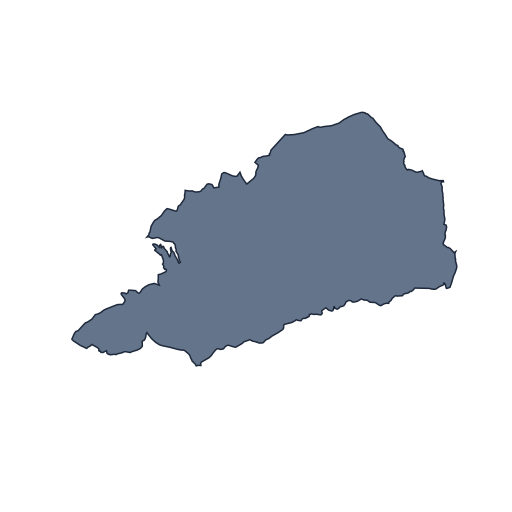 the district of Rachitova, Hunedoara, Romania, rotated 338°
{"feature_id": "2599482B89503985313378", "entity_name": "Rachitova", "entity_type": "district", "adm_level": 2, "iso_a3": "ROU", "parent_name": "Romania", "parent_adm1": "Hunedoara", "projection": "mercator", "projection_center": [22.734, 45.618], "detail": "fine", "context": "isolated", "style": "filled", "palette": "slate", "viewbox_px": 512, "rotation_deg": 338, "n_neighbors": 0, "source": "geoboundaries", "source_scale": "gbopen_adm2", "svg_char_len": 6119}
<svg xmlns="http://www.w3.org/2000/svg" viewBox="0 0 512 512"><g transform="rotate(338 256 256)"><path d="M439.9,333.8L440.0,332.2L441.3,328.2L442.8,326.7L440.9,327.1L438.8,321.8L437.6,320.2L436.6,319.8L434.4,316.1L434.0,314.8L434.7,314.0L434.6,313.8L437.4,311.1L438.5,309.8L439.4,307.6L439.2,307.1L440.2,304.9L442.0,303.2L442.5,302.1L443.4,301.0L443.7,300.1L443.8,298.4L442.8,297.8L442.1,297.0L444.4,293.6L445.1,292.0L445.7,288.6L447.5,283.7L447.6,281.9L448.9,279.7L449.3,278.5L450.7,273.3L451.5,271.7L451.7,270.2L452.4,268.8L453.2,264.7L454.3,262.2L454.6,260.6L454.5,258.3L455.5,257.2L457.0,257.0L457.1,257.3L457.7,257.4L457.9,256.3L455.2,255.2L455.2,255.6L448.1,250.5L445.4,248.1L443.9,245.9L442.6,245.1L442.1,243.4L442.3,242.4L442.1,239.2L441.2,239.4L436.6,238.7L435.2,237.6L432.6,234.7L430.0,232.9L429.4,232.8L428.9,233.2L428.4,232.7L427.8,230.8L427.6,229.0L427.6,228.4L428.0,227.8L427.9,227.1L427.6,226.8L427.8,224.7L428.6,223.9L428.6,222.7L431.2,219.9L431.6,219.8L432.2,214.5L431.6,213.8L432.2,213.1L432.2,212.0L429.6,209.5L429.2,208.9L428.8,207.3L428.9,206.7L427.5,205.5L424.9,200.4L422.1,196.6L421.3,191.7L420.3,187.7L419.7,182.9L417.3,177.1L415.9,171.9L415.4,171.5L414.6,170.4L413.1,166.8L412.4,165.9L411.2,165.1L410.8,164.1L408.8,162.8L407.4,162.3L400.0,161.6L393.9,161.8L388.2,162.5L382.8,163.9L374.5,163.4L367.7,161.5L363.8,160.8L361.9,159.2L355.9,159.1L346.7,159.6L337.2,157.8L330.8,155.7L328.7,154.3L310.3,163.1L309.6,163.4L307.4,166.2L306.8,166.2L306.4,166.7L306.3,167.7L302.7,167.1L299.6,166.2L297.5,166.4L295.0,166.0L293.2,166.8L290.1,168.8L292.2,172.8L290.1,175.5L289.0,176.3L287.5,177.9L286.1,180.8L284.9,181.9L282.8,183.2L274.4,185.8L273.1,181.0L272.4,176.7L272.5,172.3L268.2,174.9L266.9,174.5L264.3,173.0L259.4,167.9L257.7,166.6L255.4,166.9L254.6,167.6L252.4,170.9L248.4,175.6L247.5,178.2L242.6,177.1L242.3,176.8L242.2,174.2L241.7,173.0L239.1,171.3L237.5,171.1L233.1,173.8L231.4,173.9L229.4,175.1L227.4,175.2L223.6,173.9L221.2,171.7L218.3,170.7L214.9,168.6L214.0,170.6L212.4,173.0L212.0,174.6L210.6,176.5L204.9,180.2L202.6,180.7L200.4,183.6L199.6,184.3L198.8,184.5L197.2,183.4L193.5,180.3L191.4,178.8L191.0,178.8L187.7,180.2L183.3,183.1L178.1,184.7L175.7,185.0L174.0,185.9L169.9,189.1L166.6,194.1L165.6,194.6L164.7,196.1L162.0,197.6L163.1,197.7L164.1,198.3L165.6,200.1L166.8,201.0L170.7,201.7L172.5,202.4L177.0,207.9L182.0,210.4L184.3,212.0L184.6,213.7L185.2,214.4L185.0,216.4L184.4,218.1L184.4,220.3L183.6,221.7L184.3,225.1L183.4,230.8L183.4,232.0L183.7,233.2L183.6,233.4L182.0,233.8L181.6,233.4L181.8,231.9L181.6,228.7L181.0,225.4L181.2,223.2L181.1,221.9L180.1,219.5L180.5,216.2L180.1,216.2L179.3,217.4L178.9,219.9L178.4,221.2L177.2,222.5L176.4,224.0L175.5,224.4L175.3,223.3L175.4,222.0L175.0,220.0L175.3,218.7L173.7,214.5L173.9,213.4L173.7,212.4L173.0,212.1L171.8,213.1L171.4,213.1L171.2,212.8L171.2,212.2L171.9,210.9L171.9,209.5L171.5,209.5L170.3,210.5L169.5,211.6L168.4,208.7L166.5,206.9L165.0,206.4L164.6,206.7L164.5,207.2L165.0,208.1L165.2,209.5L166.1,211.7L165.8,212.2L164.5,212.4L164.3,212.7L164.3,213.1L165.4,214.5L165.8,215.8L166.9,217.4L167.7,219.4L168.5,219.1L168.8,219.4L168.6,225.2L167.4,228.0L166.3,228.5L166.8,230.6L166.6,231.2L165.9,232.3L166.5,234.3L167.5,234.4L167.8,234.9L167.2,236.4L166.4,236.8L161.1,237.1L158.4,236.7L157.0,240.2L155.3,243.4L155.4,246.8L151.4,243.3L145.8,242.5L141.7,243.0L138.1,244.1L135.0,246.3L133.6,246.7L132.7,245.9L131.5,243.2L131.1,242.8L126.6,240.6L125.1,240.0L123.4,242.2L121.6,242.4L121.1,242.2L120.9,241.7L120.4,241.2L118.4,240.1L117.5,239.8L116.9,240.3L116.7,241.0L118.0,245.9L118.2,247.8L116.8,249.4L114.3,250.9L109.9,249.3L108.6,249.1L96.6,249.0L94.0,249.3L90.7,250.3L87.8,250.5L85.0,250.2L80.2,253.1L75.2,254.1L72.5,254.1L63.6,258.4L62.6,258.6L60.6,258.5L58.3,260.0L54.1,264.2L54.9,266.3L59.6,273.1L64.4,278.3L66.0,277.6L68.9,277.3L70.6,276.5L74.8,281.7L75.5,283.5L74.9,284.6L74.9,285.2L75.3,285.7L76.2,286.1L76.0,286.9L76.2,287.3L78.1,288.2L81.8,287.7L81.9,288.2L81.4,290.3L82.3,291.9L83.2,292.2L83.8,293.0L88.3,294.2L89.2,295.0L90.7,294.8L96.2,295.6L97.9,295.4L99.3,295.9L103.2,298.4L105.0,298.2L110.7,298.7L113.6,298.5L115.6,297.8L116.9,296.9L118.4,292.7L119.2,292.2L120.6,292.3L121.6,291.7L123.1,290.2L125.2,286.8L126.2,286.2L126.3,287.0L128.3,293.7L130.7,298.6L133.2,302.1L135.3,303.9L142.1,308.5L147.5,312.6L151.2,315.1L153.7,316.2L154.4,316.9L157.0,321.8L157.4,324.0L157.2,325.8L157.4,326.8L157.3,327.5L157.5,328.2L157.4,329.4L159.1,333.3L159.4,335.5L161.7,335.8L163.9,336.9L164.5,334.7L165.7,333.9L174.4,332.7L177.2,331.6L179.8,329.9L183.9,327.7L185.1,327.5L186.5,328.0L188.0,329.3L190.5,329.9L191.4,329.7L193.5,328.5L195.3,328.1L196.9,328.3L200.1,331.0L202.6,332.8L203.7,332.9L210.5,331.9L212.6,331.0L217.7,331.3L218.7,331.1L220.8,333.5L223.5,335.4L226.5,338.0L229.7,339.1L230.6,338.9L233.9,337.4L236.8,337.4L241.0,336.2L247.5,335.4L253.2,334.2L254.7,333.1L255.4,331.2L256.5,330.0L264.4,331.1L268.3,330.6L269.4,330.1L270.6,331.3L273.4,332.9L275.4,331.6L276.6,331.6L278.4,332.3L280.4,331.9L280.3,332.2L282.3,332.0L282.8,331.7L283.4,330.4L284.0,330.3L284.5,330.6L285.5,330.3L287.8,331.9L289.5,332.3L294.1,334.9L295.3,334.5L296.0,333.8L296.2,331.8L296.8,331.2L301.4,330.2L303.0,333.3L305.4,335.3L306.5,335.5L306.9,335.3L308.2,334.1L308.4,333.4L309.0,332.5L309.7,332.4L309.6,334.0L311.0,335.5L311.5,335.7L313.2,335.5L315.4,334.5L316.6,335.0L318.8,335.0L320.4,334.0L322.4,332.2L325.1,331.9L326.8,332.7L327.6,333.6L328.0,334.6L328.3,334.9L329.5,335.4L333.1,336.0L337.2,335.3L337.8,335.5L340.0,337.6L341.0,337.8L342.6,338.8L344.3,341.5L349.0,343.8L349.5,344.3L351.8,347.7L352.8,348.7L354.5,348.7L356.6,348.3L359.3,348.7L361.3,349.6L362.1,348.5L364.7,347.7L366.4,346.3L370.3,345.0L372.0,346.1L377.0,347.7L378.3,346.7L379.4,346.6L383.1,347.3L384.1,347.2L385.2,346.5L386.5,347.0L387.1,347.0L389.3,346.3L391.2,345.2L404.7,351.0L406.1,352.2L409.1,353.8L410.6,354.0L414.7,353.1L418.6,353.0L419.4,352.6L420.0,351.4L420.6,351.9L420.6,353.1L421.0,353.5L420.6,354.5L420.4,357.3L420.9,357.6L424.1,357.7L427.5,353.9L431.5,348.7L434.4,346.0L437.8,342.0L438.5,340.1L439.2,334.9L439.9,333.8Z" fill="#64748b" stroke="#1e293b" stroke-width="1.5"/></g></svg>